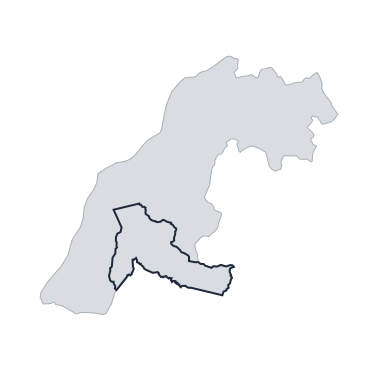 Sangha on a map of Republic of the Congo (orthographic projection), rotated 193°
{"feature_id": "COG-2880", "entity_name": "Sangha", "entity_type": "Region", "adm_level": 1, "iso_a3": "COG", "parent_name": "Republic of the Congo", "parent_adm1": "", "projection": "orthographic", "projection_center": [15.265, 1.384], "detail": "medium", "context": "in_parent", "style": "outline", "palette": "slate", "viewbox_px": 384, "rotation_deg": 193, "n_neighbors": 0, "source": "natural_earth", "source_scale": "10m", "svg_char_len": 5501}
<svg xmlns="http://www.w3.org/2000/svg" viewBox="0 0 384 384"><g transform="rotate(193 192 192)"><path d="M67.4,300.5L69.4,295.4L70.9,293.0L72.6,291.4L79.8,287.4L80.9,287.5L85.9,292.8L87.4,293.2L89.2,293.0L91.3,293.3L92.3,292.2L92.5,290.9L90.9,289.4L90.7,287.8L91.8,286.0L92.4,284.1L93.9,281.8L94.1,280.7L92.4,279.5L89.1,277.7L86.8,276.0L85.9,274.3L86.5,272.2L88.4,270.5L88.2,269.5L86.6,268.0L85.4,266.3L84.2,265.3L80.8,264.7L81.5,262.4L82.7,259.2L83.0,256.6L82.0,250.0L82.1,248.8L83.0,248.2L85.0,249.0L87.1,250.0L92.6,248.5L94.5,248.3L96.1,249.6L98.3,250.6L111.0,247.9L111.2,245.0L112.0,242.5L112.1,240.6L111.5,239.4L110.9,238.5L110.5,236.5L110.5,234.5L111.7,233.5L115.8,231.1L117.0,231.2L119.9,232.5L122.5,234.6L124.9,239.0L126.5,242.8L129.2,247.3L134.7,249.2L141.3,250.4L144.9,250.1L150.0,246.2L152.9,243.2L153.9,241.5L155.5,242.4L157.5,246.4L158.7,247.9L159.0,249.4L158.1,251.2L159.0,252.4L162.5,253.2L165.6,252.5L167.1,250.8L169.4,248.7L169.4,246.9L168.2,245.8L168.2,244.2L169.4,242.9L170.7,239.5L171.1,237.0L172.3,235.4L174.7,234.3L175.5,233.3L176.8,227.3L176.1,225.2L176.1,223.4L177.6,221.1L177.9,217.4L176.4,202.7L178.7,190.9L178.5,189.4L176.9,187.6L174.8,185.9L169.6,184.5L167.6,182.4L166.1,180.0L165.0,179.3L159.3,178.4L158.0,177.1L158.5,173.3L159.0,167.8L158.8,163.9L159.9,160.8L161.0,158.5L163.5,156.0L164.9,153.1L165.6,152.4L170.4,151.9L172.1,150.7L173.5,149.5L174.1,147.8L175.7,145.1L177.2,143.2L177.3,142.0L177.0,140.2L175.6,136.8L173.8,134.0L172.8,132.9L170.7,126.2L168.7,124.6L164.9,123.8L157.8,123.0L153.4,124.2L146.8,126.5L138.5,128.9L136.6,128.7L135.7,127.6L137.0,126.8L137.6,124.7L136.8,121.8L135.5,119.1L134.8,115.3L135.1,110.6L136.4,106.2L139.0,100.5L139.2,98.2L155.2,98.4L172.3,98.3L178.9,98.5L182.0,97.0L185.0,99.2L186.5,99.7L187.0,99.5L188.1,101.1L191.9,100.9L192.5,101.3L192.8,103.2L196.3,103.2L198.0,103.6L199.4,103.5L201.4,102.4L202.8,102.8L205.4,104.2L207.3,105.5L209.9,105.1L216.0,105.3L220.8,106.5L225.4,109.7L228.5,111.6L231.3,114.4L232.4,113.9L233.9,112.8L233.9,110.4L232.3,106.4L231.7,102.9L232.0,100.1L233.2,98.0L235.2,96.8L235.5,94.6L244.9,75.9L244.6,73.7L244.9,70.5L245.3,66.9L245.2,64.8L245.9,63.3L248.3,54.8L249.7,53.4L251.7,52.4L254.8,52.4L262.7,51.7L270.1,50.3L272.5,49.7L277.2,47.4L278.9,47.4L280.5,48.2L289.4,50.8L291.9,51.8L292.8,51.6L294.1,51.9L296.2,51.9L298.3,51.6L299.6,51.9L301.2,53.6L302.3,53.4L303.7,52.1L306.4,50.9L311.6,49.5L312.5,50.1L314.3,53.2L316.1,54.3L316.6,60.1L312.2,72.7L303.0,89.7L298.4,103.1L298.4,112.9L297.9,119.1L296.4,122.8L292.8,133.0L292.2,141.7L293.5,152.3L292.3,162.5L288.5,172.0L286.8,179.5L287.8,188.6L280.8,196.1L272.0,203.6L266.3,205.8L261.9,208.3L258.7,211.1L255.4,216.1L250.1,226.9L247.4,231.6L243.8,235.6L238.5,240.5L236.5,242.8L235.7,246.2L236.1,252.4L236.6,271.2L234.2,285.6L229.0,295.6L225.1,301.2L221.2,302.9L216.0,304.4L213.5,306.3L212.1,309.1L209.2,311.5L204.9,313.6L199.6,318.7L193.1,326.8L188.7,331.5L186.4,332.7L183.9,332.8L181.4,331.8L179.3,331.7L178.2,332.1L176.5,331.0L176.5,329.1L176.2,326.0L175.0,322.8L177.8,318.3L177.5,317.3L176.2,315.7L174.7,313.3L173.3,313.5L170.4,315.3L167.3,316.7L164.4,317.3L160.9,319.5L158.9,319.5L157.8,318.6L155.4,317.8L154.1,318.1L153.4,318.5L152.8,323.9L152.4,326.2L151.5,327.3L147.9,328.5L145.5,330.1L143.4,331.2L142.1,330.9L136.9,326.8L134.1,323.4L132.5,323.4L132.0,324.4L131.2,323.9L128.7,321.7L125.6,318.1L124.5,317.6L122.9,317.7L120.3,319.0L117.7,321.0L113.1,322.9L109.2,323.9L108.8,325.2L107.9,327.4L106.7,328.7L103.2,329.2L102.0,331.1L99.0,334.9L97.1,336.6L96.6,335.9L95.4,335.0L92.9,332.1L90.5,328.4L89.8,326.7L89.2,325.8L89.0,322.1L85.4,317.7L76.2,310.0L75.3,307.6L67.4,300.5Z" fill="#d9dde1" stroke="#a8b0b8" stroke-width="1"/><path d="M134.9,119.0L133.7,117.2L134.4,115.7L134.4,111.7L135.8,109.3L134.8,106.9L136.4,105.1L136.3,103.8L138.8,102.1L139.2,98.2L171.6,98.5L173.4,97.9L175.5,98.2L177.1,99.2L180.9,98.1L181.5,96.7L184.2,98.5L183.9,99.0L185.1,99.1L186.7,100.3L186.7,99.4L187.6,99.8L187.0,100.3L188.1,100.3L188.2,101.4L190.7,101.1L191.3,99.8L193.0,101.7L192.5,103.4L194.5,103.4L195.4,102.5L198.5,104.3L200.0,103.1L200.7,103.2L201.1,102.3L202.2,102.6L203.1,102.3L205.9,104.2L206.1,105.5L207.3,106.2L212.1,104.4L219.6,105.9L221.5,106.7L222.8,108.3L225.2,109.5L225.7,110.5L226.9,110.1L227.5,110.9L229.8,111.2L230.1,112.9L231.7,115.1L233.2,113.0L234.2,113.1L234.7,112.5L232.7,105.9L231.5,104.3L231.9,100.8L232.4,100.1L232.2,98.6L233.4,96.8L234.7,97.5L236.3,96.2L235.9,95.7L243.6,79.4L245.4,80.6L245.5,82.9L247.7,85.2L248.2,86.9L250.0,86.5L251.7,87.3L254.0,91.5L253.9,97.1L254.7,99.3L253.6,100.5L253.4,101.9L254.6,110.1L252.9,114.9L253.7,119.2L252.6,121.1L253.3,122.0L254.0,125.7L255.2,127.4L256.0,130.9L255.3,134.7L252.6,137.0L252.7,141.7L264.4,157.1L240.8,168.9L240.3,167.9L238.9,168.0L237.0,166.4L235.1,166.8L233.7,166.3L233.7,164.8L232.8,163.8L232.9,161.7L232.1,160.2L228.3,158.6L227.8,157.1L225.2,155.5L222.3,155.1L221.2,155.5L220.2,154.8L218.1,155.1L215.7,156.1L215.1,157.3L213.6,158.5L209.2,157.3L205.7,157.4L205.6,156.6L205.0,156.8L204.6,155.9L203.1,155.5L201.3,153.7L199.2,152.9L198.9,151.2L199.5,149.7L198.9,147.4L199.2,142.9L198.4,140.7L199.8,139.1L201.0,138.7L200.7,137.0L198.3,135.4L194.4,135.0L190.9,132.9L188.8,131.0L185.9,130.7L181.5,129.3L180.4,128.4L179.4,124.0L173.0,124.3L170.0,125.1L167.5,123.9L164.4,124.4L162.7,123.2L155.9,122.5L154.5,124.5L150.8,125.0L147.5,127.5L141.9,127.1L138.4,129.4L135.9,129.6L134.4,128.4L137.2,126.6L137.8,125.7L137.4,122.7L135.6,120.4L135.5,119.0L134.9,119.0Z" fill="none" stroke="#1e293b" stroke-width="2"/></g></svg>